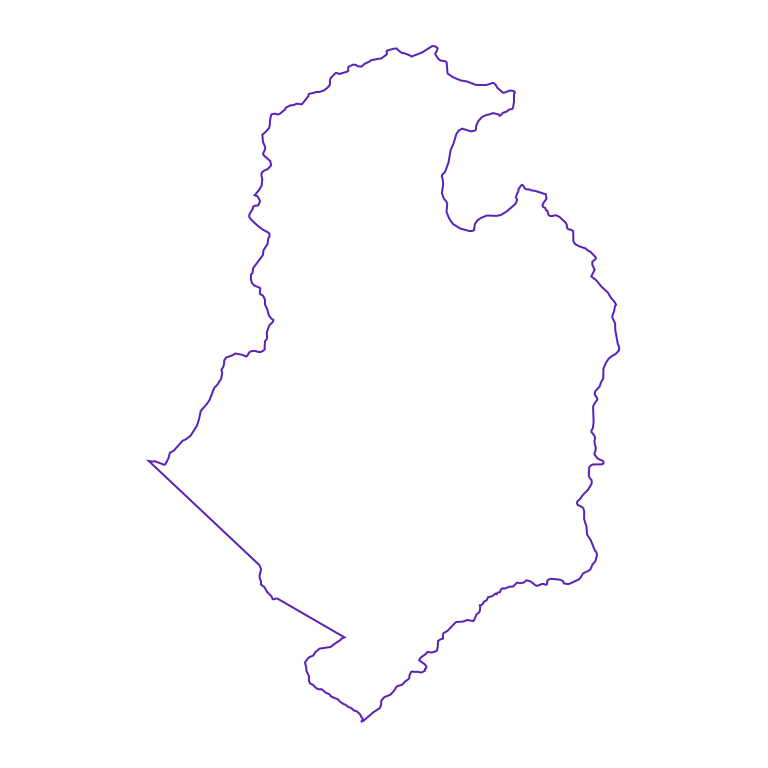 outline of Candarave, Tacna, Peru
{"feature_id": "86281439B21973804686801", "entity_name": "Candarave", "entity_type": "district", "adm_level": 2, "iso_a3": "PER", "parent_name": "Peru", "parent_adm1": "Tacna", "projection": "albers", "projection_center": [-70.288, -17.116], "detail": "fine", "context": "isolated", "style": "outline", "palette": "violet", "viewbox_px": 768, "rotation_deg": 0, "n_neighbors": 0, "source": "geoboundaries", "source_scale": "gbopen_adm2", "svg_char_len": 6060}
<svg xmlns="http://www.w3.org/2000/svg" viewBox="0 0 768 768"><path d="M547.4,210.8L546.3,210.4L545.0,207.9L543.2,207.0L542.4,205.4L543.6,202.7L546.5,198.8L545.8,194.3L535.2,190.9L531.6,190.4L529.4,189.5L525.9,189.2L524.7,188.3L522.9,185.2L522.1,184.8L521.2,185.4L518.7,188.7L518.2,191.9L517.2,193.3L515.9,197.2L517.1,199.9L516.3,202.3L515.0,204.3L507.0,211.2L500.9,215.0L496.5,215.9L486.8,215.5L480.5,218.2L477.3,220.6L475.0,223.8L473.9,230.2L472.1,231.0L469.2,231.0L460.4,228.6L453.2,224.2L450.8,221.1L448.3,216.6L446.5,212.0L447.2,203.9L446.6,202.0L443.7,198.3L441.9,192.9L443.2,184.2L442.6,178.9L441.8,176.4L442.1,174.8L445.0,172.0L448.5,162.5L450.7,149.8L453.4,143.8L456.4,133.9L458.8,130.6L462.2,128.6L471.0,131.4L474.3,130.8L475.8,129.8L476.2,125.9L478.1,121.4L481.7,117.3L486.5,114.9L488.6,114.6L492.9,113.1L498.4,114.4L499.9,115.9L503.0,112.8L506.6,111.6L509.0,109.6L512.4,108.9L513.1,107.3L514.0,101.3L514.0,93.8L515.0,92.4L513.8,91.1L510.0,90.5L504.7,92.6L502.9,92.7L497.2,87.7L495.6,84.7L493.6,83.0L492.3,82.9L490.2,83.9L485.6,85.1L475.9,84.9L466.7,81.4L460.6,80.4L453.1,77.3L448.0,73.8L447.5,73.0L446.7,62.7L445.5,61.3L440.5,60.5L438.5,59.0L435.6,54.9L435.2,53.8L437.2,50.0L437.6,48.1L435.1,46.3L432.1,46.1L422.0,52.5L411.4,56.6L410.5,55.7L405.1,53.5L402.0,52.9L399.4,51.2L396.6,48.5L393.1,48.8L387.0,50.7L386.4,51.5L386.9,52.5L386.9,54.3L381.5,58.3L371.1,60.2L369.4,61.6L364.6,63.8L361.6,66.6L357.8,66.3L355.8,64.9L353.1,64.6L348.6,66.8L348.1,67.7L348.3,70.7L347.3,71.6L339.3,74.0L336.9,73.0L335.5,73.1L330.6,78.1L329.9,80.4L330.0,84.2L329.3,85.7L327.9,87.3L323.9,90.5L319.2,92.0L316.0,92.0L314.0,92.8L309.2,93.8L308.5,94.5L308.4,96.1L301.9,104.3L296.6,103.7L293.7,105.1L290.5,105.3L286.1,107.5L284.6,110.0L279.5,114.0L277.4,114.5L275.1,113.6L271.9,114.2L271.0,115.3L270.5,117.8L269.8,122.7L269.9,124.6L269.0,128.2L266.4,131.2L262.3,134.8L263.0,141.8L265.3,147.5L264.6,150.5L263.1,153.4L263.2,154.3L264.5,156.1L270.3,161.1L271.1,165.4L267.6,169.1L263.9,170.7L261.6,172.9L261.4,175.7L262.3,179.2L261.6,185.7L258.7,190.5L254.6,195.2L257.5,196.3L260.0,200.9L259.8,202.0L258.7,204.5L257.9,205.5L255.0,205.6L253.1,206.7L252.9,208.5L249.4,214.4L249.2,216.4L249.5,217.6L251.9,220.4L258.0,226.0L263.0,229.7L268.4,232.6L269.4,233.6L269.6,235.8L268.2,238.8L267.5,244.2L263.6,249.9L262.9,255.1L253.2,268.0L252.4,273.2L251.1,274.3L251.0,275.1L250.9,279.2L252.1,283.2L254.3,285.5L259.8,287.8L260.3,288.4L259.8,292.9L260.2,294.3L262.2,295.1L263.5,296.4L264.4,298.6L265.0,300.0L265.0,304.5L267.1,308.9L268.9,315.5L271.3,318.5L273.4,320.1L272.9,321.8L269.3,325.4L266.8,332.2L267.1,337.6L266.5,339.3L265.0,341.4L264.6,347.0L264.9,349.0L263.7,350.4L260.6,352.1L257.6,351.8L255.2,350.9L251.9,351.0L250.3,351.7L249.1,352.4L247.3,355.8L246.3,356.5L241.9,354.7L235.3,353.5L232.6,355.2L226.3,357.5L224.2,360.3L224.1,363.5L223.4,366.6L221.3,370.1L222.1,371.7L222.1,374.0L221.1,378.9L217.1,385.0L214.3,387.8L209.6,399.8L206.9,403.9L200.8,410.8L199.0,419.2L196.9,425.8L190.6,435.7L186.1,439.2L182.7,440.7L173.6,450.8L169.9,452.8L168.3,458.7L165.2,464.5L164.0,464.7L155.0,461.3L152.0,461.5L148.8,461.0L259.5,565.2L261.1,569.3L259.5,575.9L259.9,578.8L261.0,581.1L261.0,584.5L264.4,587.1L267.0,591.8L271.6,596.5L272.6,599.1L273.8,599.4L275.5,598.5L277.3,598.5L344.5,637.4L341.6,638.7L340.1,640.2L334.2,644.1L330.6,647.0L319.6,648.6L315.3,652.2L313.3,655.5L309.4,657.2L307.9,658.4L305.0,662.4L306.2,667.4L306.4,670.8L308.9,676.0L309.0,680.9L310.3,683.8L312.9,684.8L316.5,688.4L319.4,689.4L321.4,689.1L326.0,692.8L329.7,694.4L331.2,696.6L338.2,699.5L339.6,701.3L343.3,704.0L345.3,704.6L348.4,707.0L351.5,708.1L352.4,709.3L354.7,710.8L356.7,711.3L359.9,714.1L361.1,716.6L362.6,718.4L362.5,720.1L361.0,721.9L363.7,720.6L373.3,712.3L379.7,708.2L381.1,704.9L381.2,701.0L383.5,697.9L384.8,696.9L390.1,694.9L393.5,691.5L397.0,686.2L401.8,684.9L405.3,681.4L408.4,679.1L409.2,678.0L409.6,675.0L411.2,671.9L412.5,671.5L414.2,671.9L417.7,671.8L421.4,672.6L424.8,670.8L425.0,669.1L426.4,667.7L426.3,666.4L424.9,664.4L419.2,660.3L420.4,657.8L425.6,654.1L427.5,651.9L431.9,652.6L436.9,650.8L437.8,646.2L438.0,641.1L440.3,639.4L443.1,638.5L442.8,635.7L443.4,633.2L447.6,630.8L455.6,622.4L456.3,622.0L462.8,621.6L467.4,620.0L473.3,621.1L474.5,619.4L476.4,614.6L479.2,612.2L479.9,610.5L480.2,607.6L479.9,605.4L480.7,605.5L482.6,604.0L483.9,601.7L486.4,600.5L488.1,597.2L492.0,596.2L495.5,593.6L496.7,594.2L497.5,592.7L500.0,592.1L500.9,589.6L502.5,588.3L504.9,588.6L509.0,586.8L513.1,586.5L517.0,582.6L520.3,583.2L522.7,582.8L524.3,582.3L526.0,580.5L527.1,580.4L530.7,581.5L535.1,585.1L537.2,585.9L542.1,583.9L543.7,584.0L545.6,584.8L546.6,584.6L547.1,583.6L547.3,580.7L548.8,579.4L551.1,578.8L558.8,579.5L561.9,580.4L563.6,582.0L563.9,583.4L567.9,584.1L569.4,583.8L579.0,579.3L580.9,577.2L582.9,573.5L588.4,570.8L590.4,569.4L592.6,564.3L595.5,561.0L597.0,554.9L596.4,552.3L594.7,550.0L590.7,540.1L587.1,534.7L586.5,526.7L584.1,519.0L584.2,511.7L583.5,508.8L582.4,507.2L577.6,504.9L577.0,503.1L577.3,501.5L580.2,498.8L583.0,494.7L587.9,490.0L591.7,483.6L591.6,480.2L589.7,478.0L588.8,475.3L589.1,467.9L589.5,466.9L590.9,465.4L592.7,464.5L601.9,464.3L603.0,463.8L603.6,462.9L603.4,461.7L602.6,460.8L597.7,458.6L594.6,454.7L594.4,453.7L595.5,450.4L595.8,447.3L594.9,445.1L594.4,441.5L595.1,437.9L594.2,435.3L591.5,432.2L591.4,430.7L592.9,428.1L593.6,422.0L593.1,406.6L594.4,403.7L597.3,399.6L597.2,398.2L595.0,395.1L594.7,393.5L595.3,391.2L599.6,386.6L601.0,382.3L603.3,378.4L603.4,368.9L605.9,362.8L608.8,358.5L612.3,355.8L615.5,354.1L619.0,350.4L619.2,347.2L617.8,343.8L615.3,330.2L615.1,323.2L612.4,317.8L612.4,315.9L614.2,310.9L615.0,306.1L616.1,305.0L614.8,302.2L610.8,297.6L607.9,292.6L601.2,286.4L596.6,280.6L591.3,276.4L594.7,269.7L592.3,264.9L592.3,261.8L595.6,259.0L595.9,258.1L595.5,257.0L590.1,251.5L588.4,250.9L585.4,248.4L578.8,246.2L575.1,244.0L573.4,241.4L573.2,231.1L570.8,229.7L568.8,229.4L567.7,228.7L567.0,227.5L566.8,225.1L565.8,222.8L559.8,217.2L557.6,215.9L555.6,215.3L551.7,216.1L549.8,215.9L548.4,214.7L547.4,210.8Z" fill="none" stroke="#5b21b6" stroke-width="2"/></svg>